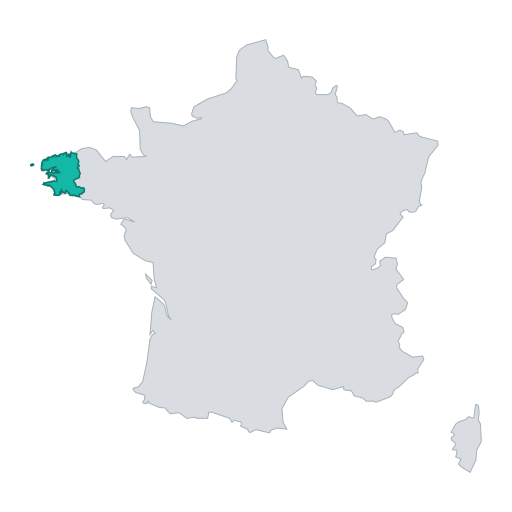 France, with Finistère highlighted
{"feature_id": "FRA-5292", "entity_name": "Finistère", "entity_type": "Metropolitan department", "adm_level": 1, "iso_a3": "FRA", "parent_name": "France", "parent_adm1": "", "projection": "mercator", "projection_center": [-4.177, 48.253], "detail": "fine", "context": "in_parent", "style": "filled", "palette": "teal", "viewbox_px": 512, "rotation_deg": 0, "n_neighbors": 0, "source": "natural_earth", "source_scale": "10m", "svg_char_len": 8414}
<svg xmlns="http://www.w3.org/2000/svg" viewBox="0 0 512 512"><path d="M421.9,204.9L418.2,206.9L415.9,211.1L413.5,212.1L409.2,212.1L407.2,209.6L402.0,211.2L400.0,213.9L403.0,217.1L392.8,230.5L386.3,234.0L384.9,242.7L377.3,249.1L374.4,255.9L374.2,257.3L376.1,259.5L375.3,263.9L371.4,266.8L371.5,269.6L372.5,270.0L378.4,267.7L380.7,265.1L379.5,261.5L385.5,257.2L396.1,258.2L397.4,264.1L396.0,269.0L403.7,279.5L397.0,284.4L396.6,287.7L403.4,298.2L407.7,302.6L405.4,309.6L398.2,314.2L393.6,313.8L391.6,314.9L391.8,317.1L395.0,323.5L402.8,327.5L404.0,332.3L401.8,334.0L398.2,341.2L399.8,344.7L399.2,346.3L400.0,348.7L402.0,351.1L412.8,357.2L422.6,356.0L423.8,359.5L417.8,368.8L418.1,373.0L415.1,373.1L414.6,374.5L408.6,377.6L398.9,386.9L394.3,389.7L392.5,394.4L389.8,397.0L375.9,402.3L373.3,401.1L366.5,401.3L362.3,397.9L354.1,395.8L351.5,390.9L343.9,389.9L343.5,386.7L332.8,389.7L317.8,385.2L312.6,380.4L308.2,381.6L304.4,385.9L288.2,397.3L281.9,408.9L283.1,422.5L286.8,429.1L276.9,428.1L271.1,430.1L269.6,432.9L255.7,429.6L250.6,432.4L249.2,432.2L247.4,429.3L240.6,426.1L241.6,423.9L240.7,421.9L234.3,420.3L232.0,422.3L229.6,418.3L211.7,412.2L208.8,412.3L207.6,418.4L196.1,418.2L194.4,417.1L187.0,418.4L179.0,412.7L170.2,413.8L164.8,407.9L159.6,407.5L152.2,404.5L148.8,402.9L148.3,401.1L146.2,403.8L143.4,403.2L142.8,402.4L144.6,399.1L144.9,395.3L135.7,392.5L133.2,389.7L133.2,388.2L138.2,386.9L142.7,381.6L146.9,362.2L150.0,339.1L152.3,334.7L155.2,333.5L152.8,330.3L150.0,334.5L151.7,313.0L155.0,296.8L162.9,303.5L164.7,306.4L167.0,316.0L171.4,320.0L168.5,316.1L165.7,303.3L164.0,299.7L151.5,288.9L151.1,286.4L156.6,287.7L154.3,279.6L153.0,262.5L145.5,260.8L133.4,253.4L125.0,240.2L124.1,235.3L126.3,230.0L124.3,226.7L120.8,224.3L123.5,219.8L126.0,219.4L134.7,222.0L127.6,217.7L116.0,219.1L111.4,217.6L110.6,214.5L113.7,210.4L109.8,207.9L103.2,208.5L102.4,207.4L104.4,204.5L102.7,203.4L97.3,204.5L94.2,203.6L91.3,200.2L82.5,199.5L80.6,197.6L68.5,193.7L55.9,194.4L52.3,187.7L44.7,184.5L46.2,182.3L53.9,180.4L55.4,178.5L49.8,175.7L47.8,172.9L58.1,172.3L53.4,169.4L43.4,169.6L42.1,165.5L43.4,161.4L49.2,157.7L63.7,153.6L74.2,153.5L81.7,148.7L89.1,147.4L96.1,149.7L105.6,161.5L113.2,156.4L124.4,156.5L126.7,159.4L129.7,154.1L132.2,157.2L146.0,156.2L142.8,154.1L140.2,149.0L139.6,130.5L132.6,116.9L130.8,112.0L131.3,107.8L139.5,108.5L146.3,106.6L149.6,107.9L150.4,116.7L153.3,121.7L172.2,123.3L183.2,126.0L192.4,121.1L201.0,118.9L201.7,117.7L196.7,118.2L192.2,116.1L191.6,113.7L193.9,106.8L207.1,99.2L226.4,92.8L231.4,88.5L237.1,80.6L235.8,78.6L236.7,57.1L239.5,50.1L246.9,44.9L265.7,39.7L268.0,46.6L267.9,50.5L272.9,56.6L275.4,58.5L283.6,55.2L287.5,60.8L288.7,67.2L298.5,69.8L301.4,78.1L303.2,76.3L309.4,76.6L312.3,77.3L316.3,80.9L315.1,85.8L316.9,88.2L315.2,92.7L316.4,94.6L327.7,94.6L331.1,92.6L332.6,88.1L336.1,85.4L337.4,86.2L335.2,94.6L336.8,96.8L337.6,102.8L341.9,103.3L350.2,108.0L357.2,115.9L365.9,114.6L372.7,119.0L379.8,116.7L386.4,119.2L388.7,121.4L394.9,132.4L399.7,130.2L403.1,131.5L404.1,134.7L416.8,132.8L419.1,135.9L421.8,137.1L437.8,141.2L438.0,145.3L428.7,156.9L424.7,173.4L421.9,179.1L420.9,183.3L421.7,186.2L421.2,190.6L419.3,201.2L420.4,204.2L421.9,204.9ZM479.1,413.5L478.3,419.7L480.5,424.1L481.3,441.6L476.7,450.0L475.9,460.2L470.1,472.3L461.2,466.9L458.5,463.9L460.9,459.3L455.7,456.8L457.0,452.3L456.4,450.1L452.8,449.9L452.6,448.7L455.3,445.2L455.2,443.0L451.7,440.3L451.1,437.9L454.4,435.2L452.9,432.8L451.1,432.2L455.6,424.2L458.7,421.8L465.7,419.5L468.6,416.6L473.2,418.2L474.0,417.4L475.5,404.6L477.1,404.5L478.6,406.2L479.1,413.5ZM152.1,280.5L151.0,284.4L146.2,277.7L145.6,274.0L152.1,280.5Z" fill="#d9dde1" stroke="#a8b0b8" stroke-width="1"/><path d="M79.6,196.6L79.1,196.6L78.0,196.3L77.2,196.4L76.7,196.2L76.4,195.8L76.2,195.7L75.1,195.8L74.5,195.6L74.2,194.9L72.4,195.7L71.9,195.3L71.3,195.3L70.6,195.4L70.0,195.4L70.0,195.2L69.4,194.1L69.2,193.9L69.0,193.7L68.9,193.4L69.0,192.9L68.7,192.9L68.1,192.6L68.0,192.1L67.5,191.4L66.7,190.9L65.8,190.7L66.1,191.6L65.9,192.3L65.2,193.1L64.6,192.9L64.9,192.9L65.1,192.9L65.3,192.7L65.4,192.3L65.0,192.4L64.7,192.4L64.5,192.5L64.4,192.9L63.5,192.2L63.1,192.0L62.6,192.0L62.2,191.8L61.8,191.2L61.5,190.5L61.4,189.8L61.1,190.3L61.3,191.0L61.7,191.6L62.1,192.0L62.1,192.3L61.7,192.3L61.4,192.4L61.1,192.6L60.8,192.9L60.2,191.9L59.8,192.0L59.7,192.6L60.1,192.9L60.1,193.1L60.0,193.5L60.8,193.5L60.8,193.8L59.8,194.8L59.3,195.1L58.6,195.3L54.1,195.1L54.1,194.7L54.0,194.1L54.1,193.8L54.3,193.7L54.6,193.7L54.8,193.7L54.9,193.4L54.8,192.5L54.4,191.4L54.1,190.1L53.6,189.3L52.1,187.4L49.4,185.2L49.1,185.1L48.7,185.3L48.3,185.8L47.9,186.0L47.0,185.1L46.5,185.0L45.4,185.1L43.1,184.4L43.3,184.2L43.5,184.0L43.6,183.7L43.8,183.3L43.8,183.2L44.0,182.8L44.3,183.1L44.5,183.2L54.4,181.0L56.1,181.5L56.6,181.3L56.7,181.0L57.0,179.7L56.9,179.2L56.4,178.6L56.4,178.3L56.2,177.2L55.8,176.8L54.5,176.5L54.2,176.4L54.1,176.2L53.9,175.9L53.8,175.6L53.1,175.9L51.4,174.8L50.6,175.1L50.1,175.9L49.7,177.0L49.2,177.9L48.4,178.1L48.6,177.2L48.8,176.8L48.4,176.3L48.3,175.9L48.2,175.6L48.3,175.0L48.6,174.8L48.7,174.7L48.5,174.2L48.1,174.1L46.3,174.0L46.3,173.5L46.3,173.1L46.6,172.9L46.9,172.9L47.1,173.0L47.4,173.1L47.8,172.9L47.9,172.6L47.8,172.3L47.8,172.1L48.3,170.7L48.7,170.3L49.2,170.6L48.8,172.3L49.7,172.7L52.4,172.5L52.7,172.6L52.9,172.8L53.1,173.0L53.5,173.1L53.9,173.0L55.4,172.6L57.4,172.5L57.2,172.7L56.6,172.8L57.2,173.0L59.7,172.5L59.7,172.1L58.8,172.2L58.4,172.0L58.3,171.5L58.0,171.8L57.6,171.9L57.2,171.8L57.0,171.3L56.8,171.4L55.5,171.5L55.8,171.1L55.9,170.9L56.2,170.8L56.2,170.6L56.3,170.5L56.6,170.2L57.2,169.6L56.7,169.6L56.0,170.1L55.5,170.2L55.5,169.9L55.7,169.6L55.4,169.8L55.2,170.0L54.7,170.0L53.7,170.7L53.0,170.8L53.1,170.7L53.0,170.2L52.7,170.5L52.4,170.7L52.0,170.8L51.6,170.8L51.6,170.6L53.3,168.4L53.6,168.1L56.6,166.4L56.0,166.6L55.1,167.1L54.5,167.3L52.4,167.7L51.4,168.1L49.5,169.3L48.0,169.7L47.1,170.2L46.5,170.2L46.0,170.1L44.9,169.7L44.3,169.6L44.2,169.7L44.2,170.1L44.1,170.4L43.9,170.6L42.3,170.5L41.9,170.4L41.6,169.9L41.4,168.9L42.0,168.9L42.0,168.3L41.4,167.1L41.4,166.2L41.6,165.3L41.9,164.7L42.5,164.5L42.5,164.2L41.7,163.6L42.0,162.3L42.8,160.9L43.3,160.1L43.6,160.3L44.0,160.4L43.7,160.1L44.2,159.7L44.8,159.5L45.8,159.4L46.4,159.6L47.4,160.2L47.8,160.1L47.1,159.1L46.8,158.5L47.2,158.2L48.6,158.5L49.2,158.5L48.4,158.2L48.5,158.0L48.5,157.8L48.5,157.7L48.2,157.5L48.2,157.2L50.6,157.2L51.3,157.1L52.3,156.6L53.0,156.6L52.6,156.3L52.4,156.3L52.4,155.9L53.3,155.8L54.1,155.3L54.9,154.9L55.7,155.0L56.3,155.6L56.1,156.7L56.8,156.6L57.7,156.0L58.1,155.9L58.4,156.0L59.1,156.3L59.5,156.3L59.5,155.9L58.9,155.8L59.1,155.3L59.6,154.7L60.1,154.4L60.7,154.1L61.4,154.0L62.1,154.0L62.7,154.4L62.9,154.1L63.0,154.1L63.2,154.3L63.3,154.7L63.5,154.7L63.7,154.4L63.8,154.2L63.9,153.8L63.7,153.4L64.2,153.3L64.5,153.2L65.2,152.7L66.3,152.4L66.5,152.6L66.4,153.0L66.3,153.4L66.3,153.6L66.7,153.7L66.7,154.0L66.5,154.4L66.8,154.6L67.0,154.9L67.0,155.4L66.9,155.9L67.7,155.1L68.2,154.8L68.8,155.0L68.5,155.2L68.4,155.3L68.4,155.6L68.7,156.1L69.6,156.7L70.0,157.2L70.3,156.9L70.0,156.6L70.3,156.3L70.1,156.0L70.0,155.6L69.8,154.7L70.0,154.7L70.1,154.9L70.2,155.1L70.5,155.3L70.4,154.5L70.5,153.6L70.7,153.1L71.1,153.4L71.2,153.2L71.3,152.9L71.3,152.7L71.3,152.4L71.7,153.0L72.3,153.1L73.7,153.1L74.0,153.2L74.8,153.8L75.1,154.0L75.5,154.0L76.6,153.7L76.6,154.5L76.6,157.3L76.8,158.1L77.1,158.6L78.4,160.3L78.6,160.8L78.7,161.3L78.7,162.0L78.5,162.6L77.9,163.8L77.8,164.4L78.1,164.7L78.7,164.9L78.9,165.1L79.1,165.5L79.1,166.0L79.0,166.4L78.8,166.8L78.4,166.9L77.8,166.9L77.5,167.0L77.4,167.2L77.3,167.5L77.3,168.2L77.5,168.3L78.3,168.7L78.6,168.8L78.8,169.1L78.9,169.4L79.1,170.8L79.2,171.2L80.0,172.8L80.1,173.3L79.9,174.4L79.4,175.2L79.2,176.1L79.5,177.4L78.8,177.7L74.4,179.7L73.9,180.2L73.7,181.1L73.7,181.6L73.9,181.9L74.2,182.1L75.3,183.4L75.5,183.8L76.3,186.5L76.9,187.1L78.6,186.7L79.3,186.8L80.9,187.9L81.7,188.2L83.1,187.8L83.7,187.9L84.1,188.4L84.3,189.4L84.3,190.1L84.2,191.6L83.9,192.2L83.6,192.5L82.8,192.5L82.4,192.6L82.1,193.0L82.0,193.4L81.9,193.8L81.5,194.1L81.1,194.2L80.4,193.8L80.1,193.7L79.8,193.8L79.6,194.0L79.4,194.3L79.2,194.7L79.2,195.2L79.2,195.7L79.4,196.3L79.6,196.6ZM33.3,164.2L33.3,164.3L33.5,164.5L33.7,164.8L32.1,165.7L31.6,165.8L31.6,165.5L31.9,165.5L32.0,165.5L31.8,165.0L31.5,164.9L30.7,165.2L30.7,164.8L32.0,164.1L32.7,163.9L33.3,164.2Z" fill="#14b8a6" stroke="#0f766e" stroke-width="1.5"/></svg>